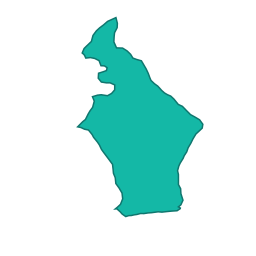 outline of Vatili, Cyprus, rotated 321°
{"feature_id": "46923920B79733432634450", "entity_name": "Vatili", "entity_type": "district", "adm_level": 2, "iso_a3": "CYP", "parent_name": "Cyprus", "parent_adm1": "", "projection": "albers", "projection_center": [33.661, 35.144], "detail": "fine", "context": "isolated", "style": "filled", "palette": "teal", "viewbox_px": 256, "rotation_deg": 321, "n_neighbors": 0, "source": "geoboundaries", "source_scale": "gbopen_adm2", "svg_char_len": 1684}
<svg xmlns="http://www.w3.org/2000/svg" viewBox="0 0 256 256"><g transform="rotate(321 128 128)"><path d="M164.6,32.6L159.1,34.0L154.0,37.7L146.8,38.3L143.9,38.6L139.6,40.9L140.0,43.0L139.9,44.4L139.2,47.1L143.1,49.6L145.9,53.0L147.9,57.4L146.2,62.6L148.8,64.9L149.7,68.0L147.4,69.8L143.9,68.6L139.6,66.9L136.2,70.6L136.2,75.5L139.6,79.3L142.5,81.6L144.8,86.2L141.6,90.0L137.0,90.8L132.4,90.0L128.1,85.3L125.0,83.3L120.1,81.3L118.7,85.9L113.5,89.7L109.2,90.8L106.0,92.0L100.3,94.6L96.8,94.6L89.6,95.4L91.7,98.0L93.4,101.5L96.0,104.7L96.0,110.4L95.4,113.6L95.4,119.7L95.1,123.1L93.9,128.0L93.7,131.8L93.4,139.9L93.1,146.5L90.5,150.6L88.2,154.0L86.8,158.6L83.6,163.5L83.3,169.0L82.4,174.8L79.3,179.7L74.1,182.6L69.8,182.9L67.4,182.9L67.2,182.9L67.9,183.4L68.5,183.9L69.2,188.2L69.3,191.1L70.5,195.4L73.5,196.6L75.5,198.1L78.0,199.3L80.5,200.8L83.9,202.3L86.5,204.5L90.1,206.6L93.1,208.7L98.7,212.1L101.4,214.7L105.9,217.6L109.7,220.1L114.1,223.2L118.4,223.6L118.5,223.7L117.5,221.0L120.7,221.0L125.3,218.7L127.8,212.3L130.7,208.3L131.6,203.7L134.2,200.5L137.9,195.9L139.6,192.4L143.6,189.5L146.5,188.1L151.7,186.3L154.3,184.9L158.6,183.5L162.3,181.2L167.2,179.4L171.5,177.4L177.0,175.4L181.9,175.1L185.6,174.8L188.5,172.2L188.8,166.7L187.0,161.8L185.0,156.9L184.4,151.1L183.9,145.4L181.9,141.3L181.9,134.4L181.3,130.1L179.6,126.9L178.4,123.7L177.8,120.0L177.5,114.2L176.4,110.2L175.8,105.5L176.7,102.4L178.1,98.3L179.3,93.4L180.7,84.2L177.8,80.1L175.8,76.7L176.4,72.4L175.8,67.5L174.1,62.5L169.5,58.5L171.2,52.2L174.6,48.4L177.5,45.5L182.7,43.2L185.6,40.0L188.1,34.6L183.5,33.4L179.2,32.3L173.8,32.5L169.2,32.3L164.6,32.6Z" fill="#14b8a6" stroke="#0f766e" stroke-width="1.5"/></g></svg>